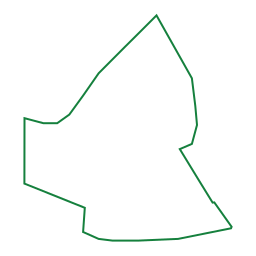 outline of Seodaemun-gu, Seoul, South Korea
{"feature_id": "91817680B65126245655882", "entity_name": "Seodaemun-gu", "entity_type": "district", "adm_level": 2, "iso_a3": "KOR", "parent_name": "South Korea", "parent_adm1": "Seoul", "projection": "albers", "projection_center": [126.947, 37.574], "detail": "fine", "context": "isolated", "style": "outline", "palette": "green", "viewbox_px": 256, "rotation_deg": 0, "n_neighbors": 0, "source": "geoboundaries", "source_scale": "gbopen_adm2", "svg_char_len": 434}
<svg xmlns="http://www.w3.org/2000/svg" viewBox="0 0 256 256"><path d="M24.5,118.2L24.4,183.6L84.8,207.8L83.1,232.0L98.6,238.9L112.5,240.6L138.4,240.6L178.1,238.9L231.0,228.3L231.6,226.8L214.3,202.4L212.6,202.6L198.8,180.2L179.8,149.1L191.9,143.9L197.0,125.0L195.3,106.0L191.9,78.3L156.5,15.4L138.4,33.5L124.5,47.3L98.7,73.2L83.1,95.6L69.3,114.6L57.2,123.2L43.4,123.2L24.5,118.2Z" fill="none" stroke="#15803d" stroke-width="2"/></svg>